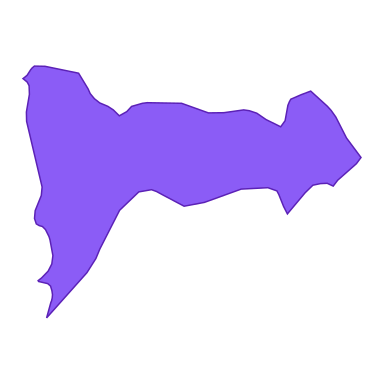 map outline of Madriz (Robinson projection)
{"feature_id": "NIC-665", "entity_name": "Madriz", "entity_type": "Department", "adm_level": 1, "iso_a3": "NIC", "parent_name": "Nicaragua", "parent_adm1": "", "projection": "robinson", "projection_center": [-86.499, 13.43], "detail": "fine", "context": "isolated", "style": "filled", "palette": "violet", "viewbox_px": 384, "rotation_deg": 0, "n_neighbors": 0, "source": "natural_earth", "source_scale": "10m", "svg_char_len": 1152}
<svg xmlns="http://www.w3.org/2000/svg" viewBox="0 0 384 384"><path d="M38.1,280.6L41.5,278.0L48.1,271.2L51.8,264.0L52.9,255.6L50.0,239.9L49.0,236.6L45.5,229.6L42.4,226.5L39.2,225.6L36.3,223.9L34.5,218.5L35.2,210.6L41.3,195.5L42.1,187.0L26.6,121.3L26.4,112.0L29.4,94.4L29.1,85.7L27.2,82.1L23.0,78.6L27.1,75.3L30.7,69.7L32.2,67.9L34.4,66.1L45.0,66.3L78.6,73.2L88.1,88.9L90.2,93.6L94.4,98.7L99.7,102.9L107.8,106.3L113.3,109.9L119.3,115.8L126.8,111.6L131.6,106.4L142.4,103.3L147.2,102.7L181.6,103.3L208.4,112.9L223.8,112.7L243.7,109.9L249.3,110.7L256.8,113.2L266.1,119.6L280.7,126.8L285.1,120.7L287.9,105.3L289.4,101.7L290.8,99.2L301.4,94.6L310.7,91.1L327.3,106.2L331.2,110.5L335.8,117.0L346.5,138.0L361.0,157.5L356.4,163.7L337.7,180.2L333.2,186.1L327.2,183.3L320.5,183.6L312.9,185.2L305.1,192.8L287.4,213.9L283.6,206.5L278.8,194.5L276.9,190.9L267.9,187.7L241.2,189.1L204.4,202.4L184.1,206.2L163.5,195.3L156.5,191.5L151.5,189.7L138.8,191.9L119.6,210.3L99.9,248.9L95.9,258.5L86.9,272.7L46.6,317.9L50.9,302.3L51.5,301.0L52.2,298.0L52.5,294.7L51.9,290.6L50.5,286.0L47.7,283.6L38.6,281.5L38.1,280.6Z" fill="#8b5cf6" stroke="#5b21b6" stroke-width="1.5"/></svg>